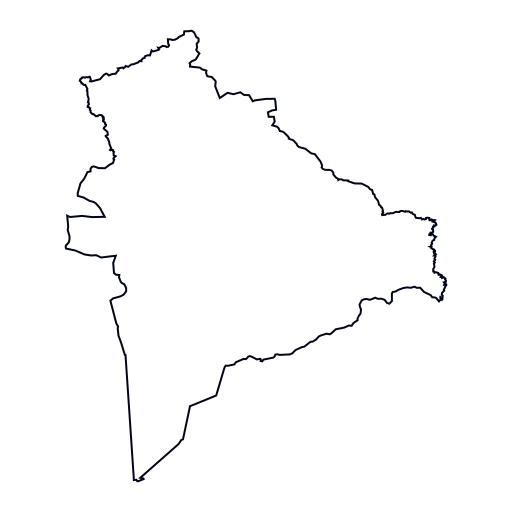 outline of Nyagatare, Eastern, Rwanda, rotated 90°
{"feature_id": "39286606B31387731734731", "entity_name": "Nyagatare", "entity_type": "district", "adm_level": 2, "iso_a3": "RWA", "parent_name": "Rwanda", "parent_adm1": "Eastern", "projection": "robinson", "projection_center": [30.27, -1.298], "detail": "fine", "context": "isolated", "style": "outline", "palette": "ink", "viewbox_px": 512, "rotation_deg": 90, "n_neighbors": 0, "source": "geoboundaries", "source_scale": "gbopen_adm2", "svg_char_len": 5934}
<svg xmlns="http://www.w3.org/2000/svg" viewBox="0 0 512 512"><g transform="rotate(90 256 256)"><path d="M104.2,423.1L106.1,424.3L107.2,423.1L107.4,423.5L108.3,421.8L109.8,422.2L110.5,421.4L112.1,421.5L114.1,419.6L114.1,418.5L116.3,416.0L115.8,414.8L116.1,414.3L114.9,412.6L115.3,410.2L116.1,409.4L116.2,409.8L117.6,409.0L117.6,408.3L118.9,408.2L119.0,408.6L119.6,408.2L120.5,408.4L120.2,408.9L121.2,409.0L122.5,407.1L124.1,406.9L124.6,406.0L125.7,406.0L127.6,408.0L128.6,408.3L131.8,404.6L134.8,404.2L135.9,406.3L136.5,406.2L138.8,403.9L140.7,403.5L141.4,402.9L143.9,402.6L148.5,400.8L150.0,402.0L150.3,401.6L149.8,399.6L150.2,398.8L151.2,398.9L152.0,398.0L152.8,398.5L155.4,398.3L156.2,396.4L158.0,398.4L158.8,398.6L159.5,397.8L163.0,399.0L164.7,402.4L168.2,407.0L168.1,413.3L166.4,418.1L166.9,420.1L168.6,421.4L171.4,421.5L172.1,424.5L178.9,427.9L183.3,431.5L193.2,434.3L195.9,434.2L197.5,428.5L200.9,422.4L202.0,418.3L203.2,416.3L208.2,411.9L216.8,407.3L217.1,419.8L215.9,429.9L217.0,442.0L215.7,444.8L226.6,443.8L229.9,444.3L236.3,442.5L239.5,442.5L242.5,443.3L245.5,446.1L247.4,446.3L248.6,445.9L250.4,437.0L254.5,427.3L255.5,420.6L255.2,415.9L257.5,410.8L255.7,396.2L262.9,398.8L273.0,398.0L274.7,396.0L275.0,392.7L277.3,393.0L281.7,391.3L282.9,390.3L284.3,387.7L288.0,385.9L291.3,385.8L294.6,388.3L296.3,391.4L298.4,398.9L300.7,401.6L323.4,395.7L326.6,393.9L328.1,394.3L335.7,393.5L342.3,391.0L354.9,387.2L354.9,386.5L480.0,378.1L479.8,375.6L481.2,374.7L481.3,374.0L479.1,368.4L478.5,368.6L477.8,371.7L444.0,333.4L440.0,330.7L439.3,329.0L406.2,322.0L395.5,295.8L369.5,288.1L366.6,287.1L365.6,286.1L365.8,284.1L364.4,277.6L362.2,276.1L359.0,268.6L359.1,266.3L358.5,265.3L356.8,263.9L356.1,262.5L356.5,260.6L359.4,255.2L358.8,252.0L359.3,251.2L361.0,251.4L361.3,249.7L359.6,248.6L357.6,238.6L356.5,237.4L354.6,236.7L354.3,234.6L354.9,232.3L354.4,222.1L353.3,219.7L350.0,216.4L347.1,210.1L346.7,207.8L341.8,201.5L341.6,199.3L339.6,196.0L336.5,193.2L335.6,191.5L333.7,185.6L334.3,182.2L333.2,180.4L329.3,176.3L327.6,167.8L325.5,163.1L325.8,160.4L323.1,158.6L320.2,154.4L318.5,154.4L315.9,153.2L313.7,151.5L311.6,151.2L309.3,151.0L306.5,152.2L304.4,152.4L300.3,150.2L299.3,148.1L299.0,145.3L299.8,142.1L297.7,136.7L298.8,134.2L298.7,130.5L299.8,127.4L302.9,125.0L303.7,122.6L301.1,120.1L293.5,120.1L292.0,119.3L291.5,116.4L289.9,113.8L288.0,108.6L287.4,104.8L287.8,101.3L286.7,97.4L287.8,95.3L287.7,91.8L291.9,88.1L295.1,81.3L297.3,79.8L297.4,77.4L298.0,75.8L301.4,73.0L299.7,71.5L299.9,70.1L299.2,69.6L298.2,70.4L298.2,71.6L297.4,71.7L297.0,71.6L297.8,70.4L297.7,69.5L295.6,69.3L294.8,70.2L292.9,70.0L290.7,67.8L289.9,68.2L286.4,66.6L285.9,66.7L285.9,67.5L285.3,65.8L284.5,65.7L283.9,66.8L284.4,67.7L283.6,67.5L283.4,66.6L282.5,66.5L282.6,67.7L282.3,68.0L281.8,66.2L280.7,66.0L279.6,66.9L278.7,66.5L277.3,68.0L277.9,69.8L277.1,69.7L276.9,71.4L276.2,71.1L276.6,69.4L275.2,70.2L274.0,73.0L275.7,73.2L272.9,73.8L272.2,76.4L272.7,77.5L271.6,77.8L271.5,78.7L269.1,78.8L267.0,77.5L263.4,78.1L262.6,77.2L261.3,78.2L259.9,76.8L258.9,77.6L256.5,76.5L256.0,76.5L255.7,77.8L254.3,76.1L253.4,77.0L253.9,77.7L251.8,78.4L251.5,78.3L251.8,77.1L251.0,76.8L249.4,78.0L249.2,79.2L247.9,80.9L247.2,80.6L246.7,81.8L246.3,80.5L245.0,80.9L243.9,79.9L243.2,80.0L243.1,81.0L242.8,80.3L240.7,79.4L240.0,77.9L237.8,77.3L236.8,76.1L235.6,78.4L233.6,79.7L234.0,80.6L235.3,81.2L234.9,82.8L233.8,82.4L233.6,81.6L232.7,81.5L232.6,79.9L231.8,78.8L229.6,79.0L229.1,79.8L229.3,80.6L228.2,79.2L226.7,79.1L226.6,77.9L225.4,77.9L225.6,76.7L224.8,75.6L222.6,76.5L221.8,78.7L220.2,77.1L220.0,78.0L220.8,79.8L219.7,79.9L219.4,80.4L220.3,82.1L220.1,82.6L218.0,82.7L217.7,84.7L217.9,86.0L219.1,86.1L219.4,87.7L218.9,88.9L219.4,90.1L217.9,91.1L218.2,92.5L217.9,95.8L217.4,96.4L214.8,97.2L214.0,99.2L212.5,100.1L212.7,101.3L211.4,103.0L211.5,105.5L211.1,106.2L211.8,106.9L211.0,109.1L210.9,110.8L211.3,112.1L212.0,112.5L211.9,116.2L213.2,119.2L213.2,121.8L213.7,122.9L213.4,124.5L214.8,126.7L215.1,129.8L214.2,130.0L212.8,128.8L211.8,129.5L211.2,129.0L208.6,129.6L207.6,130.0L207.4,130.8L205.9,131.5L204.8,132.9L200.8,134.0L197.1,137.0L194.4,137.6L194.0,138.8L190.0,139.9L189.2,142.0L186.9,143.8L183.6,150.3L183.4,157.5L181.2,163.8L180.5,163.8L180.3,168.5L179.3,170.6L179.3,172.7L180.0,173.7L178.8,174.1L177.3,176.3L174.5,178.6L172.5,178.8L170.5,180.4L169.9,182.6L169.9,186.7L168.8,189.2L167.5,190.4L165.5,189.9L161.7,191.4L154.1,197.2L153.4,200.7L148.8,206.6L147.0,213.1L145.6,214.7L144.1,215.2L140.3,218.7L138.7,223.2L137.7,223.1L136.0,224.4L132.6,227.9L131.6,229.4L131.0,232.2L128.2,233.4L126.7,234.9L125.3,239.7L121.6,237.3L116.8,238.1L116.8,243.3L112.3,244.1L110.4,239.8L109.8,235.9L101.5,236.6L98.8,237.3L98.9,246.0L100.4,257.3L101.3,259.2L95.1,263.0L95.0,267.9L92.3,271.6L94.2,278.6L92.8,284.4L98.0,292.2L86.3,296.8L81.7,296.3L80.8,296.6L77.0,300.3L76.2,304.7L73.1,305.9L70.6,305.6L69.5,309.6L67.6,312.2L66.6,322.0L64.6,321.8L63.2,322.4L61.4,320.4L59.5,316.3L53.4,312.6L51.2,315.0L49.7,315.8L47.8,314.9L43.7,315.3L41.6,313.4L38.7,313.4L37.8,314.2L37.4,315.5L32.5,317.9L31.1,319.6L30.7,321.0L31.2,322.8L31.3,327.7L34.6,328.1L37.0,333.2L38.3,334.4L39.7,337.1L40.0,339.7L39.4,341.1L39.3,344.1L43.7,343.8L45.3,342.9L46.7,343.7L47.0,345.4L46.3,346.3L45.9,349.4L48.0,352.8L47.8,353.8L49.4,352.9L49.9,353.4L51.5,359.1L50.4,360.4L55.4,362.0L55.3,364.7L56.4,367.2L57.9,367.3L58.4,369.1L60.2,370.7L61.2,370.6L60.9,372.3L62.4,373.8L64.3,378.7L64.5,380.8L66.8,383.8L66.0,386.4L66.7,386.6L68.3,388.5L67.5,389.1L68.4,394.2L69.6,393.4L70.5,393.5L71.3,394.7L73.6,396.1L74.1,400.1L75.5,403.1L73.9,404.8L73.6,405.9L74.9,408.1L79.2,412.0L81.5,420.6L81.3,421.9L79.8,421.2L77.0,422.0L76.7,422.5L77.4,424.0L77.1,425.8L77.7,426.9L77.2,428.7L77.7,430.3L78.4,430.3L79.3,431.8L80.8,432.2L81.6,431.1L83.4,430.5L83.3,429.6L84.9,428.4L84.9,426.7L88.8,424.6L90.7,425.1L91.0,424.6L95.1,424.5L98.9,423.3L102.2,424.0L102.2,423.5L104.2,423.1Z" fill="none" stroke="#020617" stroke-width="2"/></g></svg>